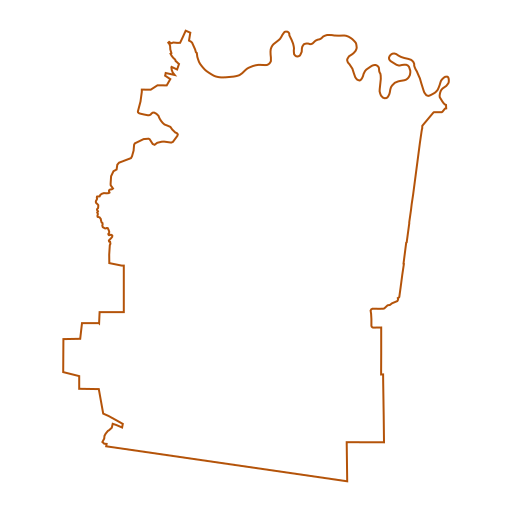 the district of Gustavo Díaz Ordaz, Tamaulipas, Mexico
{"feature_id": "50627088B69577652591157", "entity_name": "Gustavo Díaz Ordaz", "entity_type": "district", "adm_level": 2, "iso_a3": "MEX", "parent_name": "Mexico", "parent_adm1": "Tamaulipas", "projection": "robinson", "projection_center": [-98.631, 26.139], "detail": "fine", "context": "isolated", "style": "outline", "palette": "amber", "viewbox_px": 512, "rotation_deg": 0, "n_neighbors": 0, "source": "geoboundaries", "source_scale": "gbopen_adm2", "svg_char_len": 5803}
<svg xmlns="http://www.w3.org/2000/svg" viewBox="0 0 512 512"><path d="M347.2,481.3L346.7,442.2L384.0,442.3L383.7,416.0L383.2,383.4L383.1,374.4L381.1,374.5L381.2,354.0L381.2,327.5L373.0,327.6L372.2,327.2L371.7,326.7L371.4,325.8L371.4,319.1L371.1,313.8L370.6,310.6L371.3,309.3L372.6,308.7L379.5,308.8L383.3,308.7L384.3,308.4L387.4,305.5L388.0,305.2L389.8,305.0L390.6,304.4L392.0,303.3L396.8,301.3L397.3,301.1L398.0,299.8L398.1,299.0L397.8,298.1L398.8,297.5L399.1,297.3L399.3,296.9L400.6,287.5L402.3,274.6L403.9,263.9L403.5,263.7L406.2,242.7L406.7,242.3L409.3,223.0L409.2,222.5L411.0,209.9L411.7,204.0L413.1,194.7L419.9,142.9L421.6,131.2L422.0,129.0L422.2,128.5L422.3,125.8L433.1,112.9L433.7,112.3L434.2,112.2L441.7,112.2L442.4,111.8L444.9,108.7L445.4,108.5L446.2,108.4L446.0,104.9L444.8,104.4L443.6,103.2L442.3,101.4L439.8,97.3L439.6,95.9L439.8,94.3L440.2,92.5L440.7,91.1L441.4,89.8L442.7,88.4L446.3,85.9L448.0,83.7L448.6,82.7L448.8,81.4L448.8,79.8L448.6,78.4L448.1,77.2L447.1,76.6L445.2,76.8L443.9,77.6L442.3,79.1L441.1,80.6L440.5,82.2L439.7,84.9L438.8,87.3L437.7,89.8L436.6,91.1L435.2,92.5L433.8,93.4L431.2,94.8L429.5,95.6L428.4,95.9L427.6,95.7L426.3,95.2L425.4,94.0L424.3,92.5L423.6,90.6L421.3,83.3L419.9,78.4L418.9,76.2L417.8,73.7L416.9,71.5L415.6,69.3L414.7,67.2L414.2,65.7L414.2,64.0L413.5,62.2L412.3,60.8L411.0,59.8L408.3,58.9L404.3,58.0L401.2,57.0L399.4,56.1L398.3,55.5L396.3,54.1L394.4,53.5L392.8,53.6L391.6,54.1L390.4,55.1L389.5,56.3L389.0,57.7L389.1,59.0L389.8,60.3L390.9,61.3L396.5,64.8L398.7,65.5L399.8,65.5L401.9,65.0L404.4,64.7L406.4,64.8L407.8,65.5L409.0,66.8L410.3,70.8L410.3,72.7L409.9,75.0L409.0,76.8L408.2,77.9L407.3,78.8L405.8,79.8L404.1,80.3L399.9,81.0L398.2,81.4L396.2,82.2L394.8,82.8L392.1,85.5L391.0,87.2L390.3,89.5L389.8,92.4L389.3,94.2L388.7,95.4L388.1,96.5L387.3,97.5L386.2,98.1L384.5,98.2L382.9,97.6L381.0,95.6L380.2,93.6L379.6,91.3L379.7,89.2L380.8,78.9L380.7,75.7L380.4,73.8L379.6,72.4L379.2,71.1L378.9,67.9L378.3,66.7L377.2,65.7L375.7,65.0L374.7,65.0L373.1,65.3L371.7,65.9L369.9,67.1L366.3,69.6L365.0,71.1L363.6,73.9L363.0,76.1L362.2,77.9L361.5,79.0L360.6,80.0L359.7,80.5L358.2,80.1L357.0,79.5L355.9,78.2L355.2,77.1L353.8,73.1L352.4,68.7L349.5,64.3L347.9,62.5L347.2,60.5L347.2,59.5L347.6,58.5L349.0,56.3L352.1,54.3L353.5,53.2L354.7,51.9L355.6,50.8L356.4,49.0L356.7,47.8L356.5,45.8L356.2,44.0L355.7,42.7L354.3,41.1L352.4,39.2L350.9,38.1L348.6,36.7L346.2,35.8L344.1,35.5L338.9,35.7L336.7,35.6L334.3,35.5L331.9,35.1L329.5,35.0L327.1,35.0L325.2,35.6L323.2,36.5L321.7,38.0L320.5,38.9L319.2,39.4L318.0,39.6L316.2,40.3L314.9,41.2L313.1,43.0L312.4,43.6L311.0,44.1L309.8,44.1L308.4,43.6L306.7,43.5L305.1,43.8L303.8,44.3L302.3,46.6L301.9,48.4L301.7,51.8L301.2,52.9L300.5,54.5L299.9,55.5L298.9,56.1L297.6,56.5L296.2,56.3L295.0,55.4L294.1,54.2L293.9,52.3L293.8,50.6L294.0,48.3L293.7,46.3L293.1,43.7L291.6,39.9L289.4,35.4L289.2,33.4L288.4,32.3L287.4,31.7L285.9,31.6L284.6,31.9L284.0,32.6L282.3,35.0L281.6,36.4L280.1,38.8L278.7,40.1L273.5,44.2L272.4,45.5L271.4,47.3L270.7,49.4L270.5,51.7L270.6,54.6L270.9,57.6L270.9,61.1L270.3,62.3L269.5,63.4L268.4,64.3L266.9,65.0L265.3,65.1L260.9,64.9L258.1,64.9L255.6,65.3L253.0,66.0L250.5,67.0L248.6,67.8L247.2,68.6L245.6,69.9L242.2,73.2L240.5,74.4L239.5,75.1L237.8,75.7L235.8,76.2L233.6,76.6L225.7,77.3L223.1,77.4L221.1,77.4L219.2,77.2L217.5,76.9L215.5,76.4L213.6,75.6L211.2,74.2L208.7,72.6L206.4,71.0L204.8,69.6L202.9,67.5L201.6,65.9L200.1,63.9L199.0,61.9L197.9,58.8L197.3,56.8L196.8,53.0L195.9,52.2L195.1,49.4L192.1,42.7L190.9,41.6L189.0,40.6L190.3,32.7L185.7,30.7L182.8,37.1L180.1,42.8L177.4,42.9L173.4,42.5L171.0,43.3L170.6,43.2L169.4,42.0L169.2,41.9L168.3,42.7L169.5,44.2L170.1,46.0L170.2,47.5L170.3,49.4L171.4,53.1L170.5,53.7L171.7,55.9L172.1,56.3L172.7,57.2L173.9,58.5L174.6,59.0L175.5,60.3L175.7,61.2L176.5,61.7L177.6,62.8L179.0,64.0L177.1,69.5L171.6,66.9L171.4,67.3L171.7,69.8L172.7,72.5L174.7,75.0L165.7,73.0L165.2,75.4L165.1,75.7L170.3,79.1L166.7,85.4L157.5,85.3L150.7,89.7L141.8,89.6L141.8,91.9L140.5,101.5L137.9,111.4L138.0,112.3L138.8,113.1L140.1,113.6L144.0,114.5L148.1,115.3L149.6,115.1L150.7,114.5L151.6,113.4L152.9,112.6L154.2,112.6L156.1,113.6L157.2,114.5L158.6,116.0L159.0,117.2L159.7,118.7L161.0,120.8L162.7,122.9L164.5,124.5L167.4,125.6L170.4,126.9L172.2,129.5L175.4,132.6L176.7,133.0L177.8,134.3L177.4,135.8L172.9,141.9L171.2,142.6L164.1,141.6L161.8,141.7L157.2,142.8L154.6,144.8L152.7,144.0L149.7,139.3L148.6,138.7L143.6,139.1L134.8,143.4L134.1,144.8L133.6,150.6L132.0,156.3L131.0,158.1L119.0,162.7L117.3,164.7L116.6,169.5L113.5,171.2L111.1,176.2L110.6,184.0L110.7,185.3L113.0,188.5L112.4,189.0L111.5,189.4L110.8,189.4L109.5,189.8L109.0,190.6L109.0,191.4L109.3,192.0L109.5,192.6L108.7,193.1L106.7,193.3L103.9,193.1L101.8,193.8L100.3,194.9L99.6,196.4L98.8,196.5L97.9,196.4L97.0,196.6L96.8,197.9L97.1,198.6L96.8,199.6L96.1,200.6L95.8,201.9L96.1,202.9L97.4,204.1L98.2,205.0L98.3,205.8L98.2,207.2L98.0,208.2L97.3,208.8L97.0,209.6L97.2,210.3L97.8,210.9L98.0,211.5L97.4,212.1L97.2,212.6L97.6,213.2L97.9,214.0L97.4,216.0L97.7,216.9L98.8,217.1L99.6,217.4L100.8,219.0L101.0,220.4L101.6,222.4L102.5,223.1L102.6,224.6L102.3,225.6L102.8,227.2L105.0,228.4L105.9,228.4L106.7,228.0L107.7,228.1L108.6,229.9L109.2,231.6L109.1,233.1L108.4,233.7L108.4,234.5L108.9,235.1L109.9,235.1L110.6,234.8L111.1,234.8L111.7,235.0L112.3,235.6L112.2,236.8L111.1,238.2L108.9,240.4L109.1,241.5L110.1,241.8L110.4,243.8L109.8,245.2L109.2,254.6L109.3,263.1L121.7,265.6L123.8,265.6L123.8,312.1L99.6,312.1L99.1,323.3L98.9,323.1L82.0,323.1L80.2,338.8L63.4,339.1L63.2,372.1L79.2,376.1L79.2,388.8L98.8,389.1L103.2,413.6L108.6,416.0L122.8,423.9L122.1,427.5L116.3,425.0L112.7,423.8L111.8,427.7L109.0,430.3L107.9,430.9L105.7,433.6L104.5,435.8L104.2,438.6L102.4,442.0L104.2,443.7L106.6,443.9L106.2,446.3L347.2,481.3Z" fill="none" stroke="#b45309" stroke-width="2"/></svg>